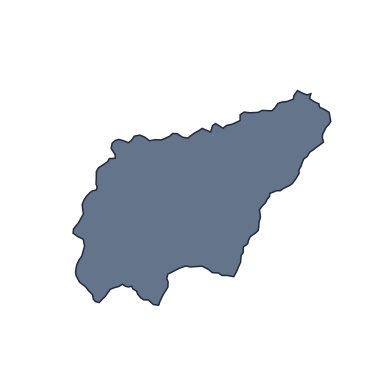 the district of Santa Inês, Paraíba, Brazil, rotated 117°
{"feature_id": "56859067B59981406570514", "entity_name": "Santa Inês", "entity_type": "district", "adm_level": 2, "iso_a3": "BRA", "parent_name": "Brazil", "parent_adm1": "Paraíba", "projection": "orthographic", "projection_center": [-38.582, -7.667], "detail": "fine", "context": "isolated", "style": "filled", "palette": "slate", "viewbox_px": 384, "rotation_deg": 117, "n_neighbors": 0, "source": "geoboundaries", "source_scale": "gbopen_adm2", "svg_char_len": 2141}
<svg xmlns="http://www.w3.org/2000/svg" viewBox="0 0 384 384"><g transform="rotate(117 192 192)"><path d="M53.8,144.1L60.0,145.0L63.3,143.8L68.2,148.4L71.0,152.7L74.1,155.6L79.6,156.4L83.4,157.7L87.3,166.3L91.1,169.4L94.9,176.0L97.2,181.9L101.3,184.2L106.5,181.6L113.1,186.7L117.2,191.6L121.1,193.2L120.3,202.1L123.5,203.8L130.1,202.7L130.7,211.9L134.2,213.7L138.5,216.7L145.9,220.3L147.5,225.3L146.8,231.8L148.7,235.9L152.5,237.2L156.8,240.7L159.5,242.9L161.8,248.1L165.6,253.1L164.6,258.9L165.0,264.3L168.4,268.7L173.8,269.5L177.0,271.2L177.2,274.8L178.3,281.0L180.9,283.8L184.9,285.3L189.9,283.8L193.6,277.5L196.8,275.7L199.8,280.9L203.1,280.9L208.2,283.6L212.9,286.3L217.2,286.5L223.7,283.3L228.5,281.1L230.7,278.7L233.9,278.3L235.9,281.1L238.7,282.6L243.3,284.0L247.9,284.6L253.0,284.2L260.9,278.8L271.3,279.2L278.6,280.8L282.7,279.3L283.6,273.5L283.5,267.4L289.1,263.1L299.3,261.1L304.0,261.8L309.0,261.6L312.6,260.7L316.8,259.1L319.3,257.1L323.4,251.2L324.8,243.7L327.0,239.1L328.7,233.9L332.3,231.3L333.5,228.3L332.6,224.5L328.7,223.4L324.3,221.9L320.7,221.4L315.6,220.6L312.3,217.5L309.2,214.1L305.8,212.2L306.2,208.4L305.5,205.5L303.4,203.1L305.2,200.6L305.4,196.6L307.8,193.8L309.6,189.5L310.0,186.2L308.0,181.8L309.8,175.3L308.0,170.3L304.3,170.9L297.0,171.1L287.7,170.3L282.9,172.5L280.8,175.1L276.3,176.3L265.5,168.5L260.6,163.8L259.7,159.7L253.5,149.3L253.5,142.3L254.6,137.3L252.2,131.7L252.7,127.2L250.5,123.1L248.5,116.4L242.6,116.2L237.3,116.6L232.7,116.8L226.1,119.4L222.8,118.9L217.7,121.3L212.9,118.9L209.6,119.7L205.2,119.8L199.5,116.7L196.3,115.6L192.9,116.6L188.5,118.6L183.2,119.6L177.3,123.8L172.9,123.1L168.6,121.7L164.5,121.7L161.0,120.9L157.7,121.9L155.2,119.5L152.7,117.6L150.8,114.0L147.1,112.0L142.5,108.4L139.1,106.5L133.8,105.6L129.8,105.2L126.7,105.1L123.7,106.8L119.6,106.5L116.0,107.1L112.1,107.5L108.0,105.5L103.1,105.2L99.3,103.0L95.5,101.4L92.6,99.8L87.9,97.5L84.2,100.7L81.2,101.8L73.6,101.9L69.5,100.7L66.1,100.4L62.2,103.4L58.7,106.0L58.4,111.9L58.5,116.8L55.8,119.1L56.1,124.1L55.4,129.7L50.5,130.7L53.1,133.4L53.7,137.0L53.8,144.1Z" fill="#64748b" stroke="#1e293b" stroke-width="1.5"/></g></svg>